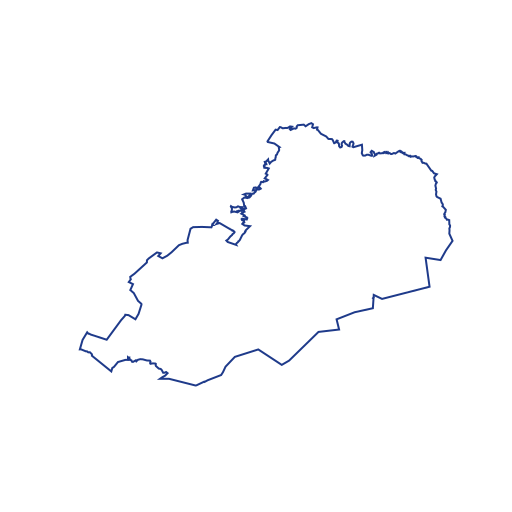 outline of Pinal de Amoles, Querétaro, Mexico, rotated 248°
{"feature_id": "50627088B68767100251382", "entity_name": "Pinal de Amoles", "entity_type": "district", "adm_level": 2, "iso_a3": "MEX", "parent_name": "Mexico", "parent_adm1": "Querétaro", "projection": "equal_earth", "projection_center": [-99.535, 21.167], "detail": "fine", "context": "isolated", "style": "outline", "palette": "blue", "viewbox_px": 512, "rotation_deg": 248, "n_neighbors": 0, "source": "geoboundaries", "source_scale": "gbopen_adm2", "svg_char_len": 6142}
<svg xmlns="http://www.w3.org/2000/svg" viewBox="0 0 512 512"><g transform="rotate(248 256 256)"><path d="M160.7,181.9L164.8,186.3L170.4,198.6L168.5,223.1L145.4,239.1L146.6,247.5L162.2,285.5L156.7,305.5L167.1,307.0L166.9,326.4L163.8,344.8L172.5,349.0L173.1,348.7L173.5,349.5L174.3,349.0L173.9,349.7L175.8,350.6L169.0,356.8L162.5,405.4L190.9,412.6L183.1,425.6L190.1,434.3L196.4,443.9L204.3,443.6L207.2,445.0L209.1,445.6L210.3,446.8L211.7,447.4L212.9,447.1L216.9,448.6L217.9,447.5L218.1,446.6L219.6,446.4L220.8,445.6L221.4,446.1L222.1,445.6L223.6,446.5L224.0,446.1L224.7,446.5L225.6,447.9L227.7,449.3L231.6,447.9L232.2,447.4L233.3,448.4L234.8,448.5L235.9,448.1L240.0,448.6L242.9,446.0L243.7,445.7L245.7,446.0L248.1,447.4L250.0,447.4L251.0,448.2L254.1,448.7L255.9,450.1L256.3,451.1L257.0,451.1L258.3,450.3L258.9,450.6L259.6,450.3L261.9,450.6L262.8,451.5L264.1,454.3L266.0,452.0L268.9,451.3L269.4,450.5L277.8,448.6L278.2,447.7L279.7,446.3L280.0,445.3L282.3,445.0L283.0,445.6L284.5,445.0L285.2,444.1L285.8,443.9L286.2,443.0L286.7,443.4L286.9,442.5L287.8,441.7L288.2,442.0L288.9,441.6L289.4,439.0L290.1,437.6L290.0,436.6L290.4,436.3L290.9,436.6L291.3,436.4L291.2,435.2L292.3,434.5L292.5,434.1L294.3,432.7L294.7,431.7L295.2,431.7L296.0,431.0L296.3,431.7L296.7,430.8L298.2,430.1L297.8,429.4L298.4,428.9L298.9,429.4L299.7,428.9L299.7,427.5L298.8,423.6L299.8,422.5L299.7,420.0L300.2,419.1L300.8,418.9L301.6,418.1L301.4,417.3L302.1,416.2L302.8,416.7L302.8,415.5L303.6,415.8L303.6,413.6L304.3,413.9L304.3,413.0L303.9,412.0L304.7,409.3L305.6,408.9L305.7,408.3L305.4,407.8L305.6,406.4L304.8,405.8L304.5,403.6L305.6,404.5L307.6,404.1L308.2,404.2L310.2,402.7L309.5,401.3L309.0,401.0L307.9,401.7L305.5,401.3L305.7,400.5L307.8,398.1L308.4,396.7L308.2,394.9L308.9,393.0L309.6,392.7L311.7,392.6L314.3,394.2L319.5,395.9L320.4,387.0L321.2,386.4L323.6,388.5L324.8,388.6L325.8,388.4L326.3,387.3L325.8,385.7L325.1,385.0L322.7,383.9L323.5,382.8L324.9,382.3L326.7,381.0L328.9,380.7L329.4,380.9L329.6,380.5L329.1,378.8L328.5,377.8L327.2,377.1L326.0,377.1L325.0,376.1L325.1,374.7L326.6,374.2L329.0,374.9L329.7,374.8L331.0,373.8L332.2,374.9L332.4,374.8L332.8,374.0L331.5,372.5L331.2,370.9L331.3,370.7L334.5,370.6L335.8,370.3L336.1,369.9L337.4,367.0L340.5,365.9L345.0,362.0L349.6,360.6L350.3,359.9L352.2,361.2L352.5,360.6L353.0,357.4L354.3,356.3L356.8,358.2L358.5,357.0L358.5,354.4L357.7,350.6L359.9,349.5L361.6,343.7L360.9,342.3L359.6,341.8L359.2,340.4L360.1,339.0L359.9,335.3L361.0,334.9L362.4,337.8L363.4,336.1L363.0,334.2L363.0,332.8L363.6,331.6L364.4,328.6L366.2,327.1L366.6,326.4L364.7,323.2L365.8,321.5L362.2,315.6L358.0,309.6L357.3,309.6L353.4,315.2L348.1,318.6L348.1,317.8L345.6,317.2L344.8,316.4L343.8,314.8L342.2,313.4L342.1,312.5L341.7,312.0L340.2,311.3L339.6,310.7L338.1,309.9L337.9,309.4L338.1,308.1L337.6,305.3L336.6,303.4L339.0,303.2L339.4,302.9L341.0,303.4L339.8,300.6L340.0,299.4L338.8,299.3L338.0,300.1L337.2,300.0L337.6,298.8L337.3,298.0L336.6,297.9L336.7,297.3L336.3,297.3L336.1,296.9L334.7,296.8L334.7,297.3L334.0,298.0L333.6,299.2L332.4,300.6L328.7,295.9L327.9,296.6L326.9,297.0L324.7,293.2L322.0,295.5L321.6,294.3L321.8,291.8L322.5,291.2L321.8,290.2L322.8,288.6L322.6,288.2L320.9,286.9L319.1,284.0L318.5,284.9L317.1,285.5L317.1,285.1L316.6,285.2L316.5,283.6L317.0,282.7L318.0,282.5L319.0,283.8L318.7,282.8L318.8,281.8L319.1,281.4L319.7,281.4L320.1,279.6L318.0,277.7L317.0,281.1L315.6,279.4L315.6,278.8L314.7,277.2L315.2,275.7L313.6,273.7L312.9,272.2L314.2,271.8L314.6,272.8L316.1,273.8L317.6,270.2L317.6,267.9L316.9,268.8L314.9,269.3L312.9,270.5L312.9,269.8L314.6,267.2L313.8,264.4L310.1,264.6L306.7,263.8L306.3,264.1L306.2,264.6L303.9,264.6L303.8,262.6L304.3,262.9L304.8,262.5L305.0,261.6L304.4,260.8L304.2,261.0L304.3,260.7L305.8,259.7L306.6,261.2L307.5,259.3L308.8,257.9L308.5,256.2L308.9,254.6L310.5,252.2L311.6,251.5L311.3,251.2L310.0,251.4L309.6,251.7L307.7,250.9L306.3,249.6L305.8,249.5L305.8,250.7L305.4,252.0L305.5,252.3L304.0,254.4L304.4,254.9L303.4,255.4L303.7,256.8L304.3,255.9L304.5,255.9L304.6,256.5L303.7,258.9L303.6,259.7L303.9,261.2L303.7,260.9L302.4,261.8L301.4,261.9L301.5,260.2L301.2,260.4L301.1,260.1L301.4,259.8L301.0,259.5L300.7,258.3L297.7,260.8L297.4,260.7L297.3,259.9L295.3,261.8L295.2,261.4L294.7,261.4L294.0,261.8L293.3,261.1L295.8,257.1L295.6,256.5L294.5,256.5L293.5,257.4L293.3,257.6L293.7,258.0L294.1,258.0L294.1,258.5L293.9,258.6L292.5,257.7L291.6,257.8L291.3,256.9L291.5,256.6L291.5,256.3L290.9,255.3L288.6,256.8L285.9,261.6L283.6,256.0L282.8,255.1L282.5,255.3L281.5,253.8L281.1,252.2L280.4,250.9L276.9,247.0L276.1,245.4L276.2,245.1L275.5,244.3L275.3,243.3L274.5,241.7L273.7,241.8L279.6,235.0L281.4,234.3L281.8,236.1L283.7,239.5L284.4,241.6L285.1,242.5L285.4,243.9L286.2,245.1L286.7,245.0L287.7,244.5L288.1,243.9L288.3,244.1L290.6,242.0L291.5,241.6L292.1,241.8L291.4,241.4L300.2,234.6L300.5,231.4L301.6,233.3L302.7,233.2L303.0,233.8L304.6,232.7L301.9,228.0L302.1,227.7L301.4,227.1L300.9,227.4L301.0,227.1L299.3,225.4L303.2,216.8L306.3,208.5L305.8,205.5L296.4,198.5L293.9,197.7L294.3,196.5L294.9,192.3L294.9,188.6L291.1,179.1L289.5,173.8L288.9,168.4L292.6,165.4L294.2,168.6L296.4,165.5L293.9,155.6L292.9,153.3L290.9,152.4L285.1,136.7L283.8,131.6L282.3,131.2L281.3,131.2L279.5,128.3L276.0,131.4L271.5,126.7L267.4,128.8L258.6,129.8L254.6,131.8L253.8,131.6L246.3,125.4L242.5,120.5L248.9,115.7L250.5,112.8L249.6,112.0L247.0,106.8L234.3,86.2L245.2,73.2L246.3,72.4L246.7,71.5L248.5,70.9L243.2,63.8L235.4,57.7L235.0,58.8L231.3,62.6L231.0,63.5L229.5,64.4L229.0,65.9L226.5,67.0L225.6,66.9L225.0,66.5L203.2,78.6L206.0,80.8L206.4,82.8L209.4,88.3L208.6,96.1L207.6,98.4L210.1,99.4L209.6,99.7L209.3,100.5L208.3,99.9L207.4,100.5L206.9,100.1L205.9,101.4L204.3,101.5L203.9,102.3L204.3,105.5L203.2,105.6L204.0,107.6L203.7,110.0L202.6,112.3L200.0,115.7L198.7,118.5L197.5,118.6L196.4,117.7L195.6,117.8L195.1,120.1L194.0,122.4L193.6,122.7L192.1,122.0L191.5,122.0L188.0,123.7L187.0,125.3L185.5,125.9L182.5,126.2L182.1,127.3L182.1,129.2L180.5,130.1L179.1,126.9L178.7,123.6L178.1,121.0L174.7,129.4L158.6,151.4L158.4,152.3L158.9,160.9L158.5,161.1L158.9,164.6L158.7,179.1L160.7,181.9Z" fill="none" stroke="#1e3a8a" stroke-width="2"/></g></svg>